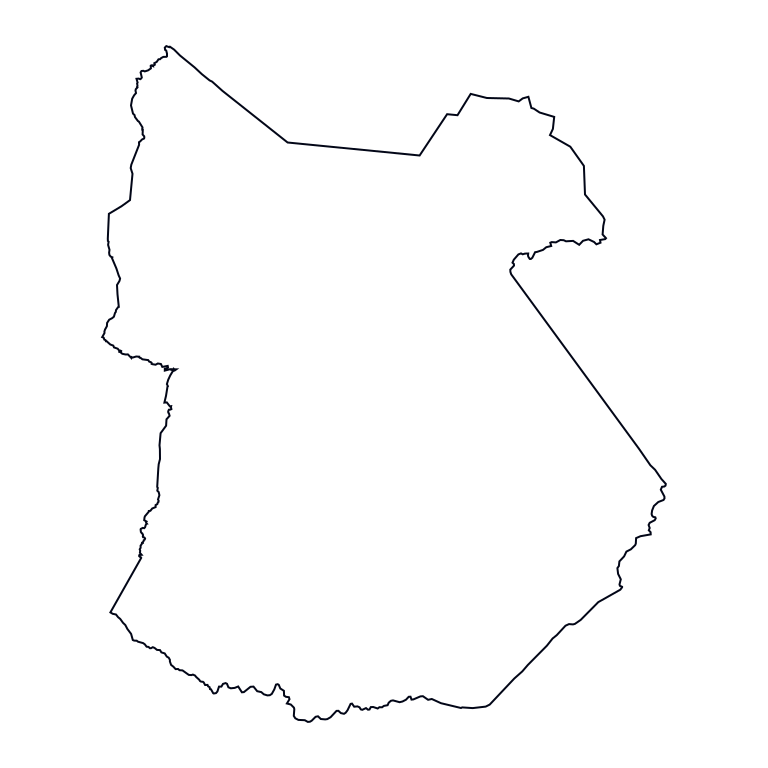 outline of Tapoa, Tapoa, Burkina Faso
{"feature_id": "67063806B60723724569169", "entity_name": "Tapoa", "entity_type": "district", "adm_level": 2, "iso_a3": "BFA", "parent_name": "Burkina Faso", "parent_adm1": "Tapoa", "projection": "mercator", "projection_center": [1.463, 12.115], "detail": "fine", "context": "isolated", "style": "outline", "palette": "ink", "viewbox_px": 768, "rotation_deg": 0, "n_neighbors": 0, "source": "geoboundaries", "source_scale": "gbopen_adm2", "svg_char_len": 6073}
<svg xmlns="http://www.w3.org/2000/svg" viewBox="0 0 768 768"><path d="M141.2,557.9L110.4,612.4L112.7,613.8L116.0,614.5L118.1,617.2L120.2,618.9L123.0,622.8L125.3,625.0L127.4,629.0L131.1,633.9L132.8,640.0L134.2,640.6L136.7,640.7L138.0,641.7L143.1,643.1L144.8,644.3L146.6,646.7L148.5,646.9L149.9,648.2L151.0,648.2L152.8,647.2L154.5,647.9L157.0,649.9L160.0,650.1L161.4,652.4L164.7,653.4L166.8,656.6L168.7,657.7L169.9,659.8L169.9,661.5L171.1,664.9L173.4,666.7L175.6,669.1L178.1,669.0L179.5,670.2L182.5,670.4L188.8,674.9L191.4,675.1L192.9,674.6L195.0,675.5L196.2,677.0L199.2,679.7L200.0,681.0L201.0,681.6L202.9,681.8L203.7,682.4L205.1,685.0L207.5,684.9L208.1,686.3L209.6,687.2L210.0,689.1L211.0,689.3L213.2,693.2L213.8,693.5L216.0,693.1L217.4,691.5L219.0,686.6L221.4,686.6L223.0,683.9L225.6,683.1L227.0,683.8L228.4,687.3L230.8,688.3L234.7,687.9L238.2,686.5L241.9,692.3L243.9,692.1L250.5,686.8L253.5,686.6L257.2,691.2L261.3,692.1L263.8,694.3L267.4,695.4L269.8,695.2L271.8,693.9L274.3,689.4L276.0,684.6L277.7,684.2L278.8,684.9L280.3,688.5L283.9,690.8L284.1,695.6L285.9,696.8L288.9,697.2L289.5,699.2L286.9,703.5L290.8,704.5L293.9,707.6L294.3,709.1L293.8,715.9L295.3,718.3L298.4,719.9L304.8,720.2L307.8,721.9L310.0,721.7L311.7,720.7L315.6,716.8L318.0,716.3L320.8,719.0L325.2,719.4L327.3,719.1L330.6,717.2L336.5,710.9L338.4,710.8L340.9,713.1L344.0,713.8L345.6,712.8L347.5,710.3L350.6,703.9L352.0,703.6L354.2,706.7L357.5,706.4L359.5,707.3L360.8,709.4L362.3,709.8L366.0,708.1L368.0,709.7L369.5,709.5L370.8,707.1L373.2,707.0L377.7,708.5L379.4,707.2L382.0,707.3L383.9,705.9L387.6,705.2L388.7,702.7L390.9,700.8L393.0,700.4L399.6,702.2L402.5,701.5L406.0,699.7L408.7,696.8L410.5,696.7L411.5,699.6L413.4,699.4L420.4,696.4L422.9,696.2L428.1,699.8L431.8,699.0L441.0,703.2L461.0,708.0L462.2,707.4L472.7,708.1L485.7,706.6L489.7,704.6L514.3,678.5L522.3,671.4L527.9,664.9L546.9,645.7L552.6,638.5L556.8,635.1L565.5,625.7L569.0,624.1L573.0,624.4L574.9,623.9L580.7,619.9L598.3,602.1L620.3,589.7L622.1,587.3L622.1,586.8L619.9,585.8L619.5,584.4L620.8,579.3L618.1,573.9L617.4,568.1L618.9,566.0L619.4,561.4L624.1,556.4L626.4,551.6L630.9,549.3L635.2,545.1L635.8,543.6L636.1,538.1L640.5,536.2L650.7,534.4L650.6,532.2L648.8,530.3L649.7,528.0L648.6,525.0L649.7,522.8L654.7,520.2L655.7,518.4L655.3,517.3L653.3,516.9L652.1,515.7L651.6,514.0L652.1,510.5L653.9,506.0L658.3,502.0L663.5,500.0L664.5,498.4L664.4,496.5L660.8,489.7L662.0,486.8L664.4,486.5L665.5,485.6L665.8,483.9L661.4,479.0L655.1,469.8L650.4,465.3L639.0,448.8L511.2,274.3L510.4,271.9L510.3,269.6L514.0,265.6L513.9,264.0L512.5,262.7L513.8,259.7L518.4,254.4L521.0,253.4L522.7,254.3L525.0,253.6L528.2,253.5L528.0,255.6L528.3,256.7L529.7,258.9L530.8,259.0L532.3,257.8L535.1,252.2L537.0,251.9L543.0,249.9L546.3,247.2L551.2,246.0L550.3,242.7L551.7,242.1L555.9,242.4L560.3,240.0L563.7,240.2L566.0,241.3L573.1,240.9L579.2,244.8L583.0,240.8L588.5,239.3L594.1,242.0L596.4,244.3L600.5,242.7L600.0,240.0L605.2,239.1L606.0,238.2L602.6,234.5L603.3,225.8L604.6,219.7L603.0,216.4L585.0,194.5L583.9,165.9L570.3,146.7L550.0,135.1L552.9,128.9L554.2,116.9L539.6,112.5L533.7,108.6L531.4,108.0L528.4,96.8L522.7,98.4L518.7,101.4L508.9,98.5L486.9,98.0L470.7,93.9L457.5,115.2L447.1,114.2L419.6,155.5L287.6,142.5L222.5,90.9L212.1,81.6L209.6,80.4L201.9,74.2L194.6,67.4L180.0,55.5L174.1,49.6L169.9,46.7L169.3,47.2L166.3,46.1L164.8,47.6L165.1,49.9L166.2,50.5L167.0,53.6L167.0,56.3L166.5,56.8L163.3,56.9L161.1,58.1L160.1,59.2L158.5,59.3L156.7,61.9L154.3,63.2L154.8,64.7L153.9,65.3L152.7,65.3L152.9,66.1L151.2,65.4L150.7,65.8L150.9,68.4L148.0,70.4L144.8,71.4L143.3,70.8L141.5,71.0L140.6,72.4L141.8,77.5L141.2,78.5L140.2,79.2L138.7,78.6L136.5,78.8L137.6,82.6L137.1,83.4L137.5,86.0L137.0,87.0L137.4,87.5L135.8,89.2L135.5,90.6L136.0,93.1L134.1,95.3L132.2,98.7L131.0,105.4L133.0,113.6L134.5,115.0L135.0,117.1L137.9,121.0L138.9,121.6L142.5,127.4L142.2,129.0L142.3,129.8L142.8,129.8L142.6,134.5L144.2,136.3L144.3,137.7L144.1,138.5L142.0,139.5L140.1,141.5L139.0,142.2L139.1,144.8L131.3,164.7L130.7,168.1L132.5,173.8L130.0,200.1L121.7,206.1L108.9,213.8L107.8,238.7L107.9,241.0L108.6,241.7L108.1,244.9L109.5,249.8L109.1,252.7L109.4,254.9L110.6,256.5L112.3,257.3L111.9,257.9L116.4,268.5L118.7,275.5L120.1,278.5L119.5,280.9L117.0,285.0L117.5,294.3L118.8,306.9L118.1,307.1L116.0,310.1L115.8,311.9L115.0,313.0L113.9,316.7L112.1,318.2L109.2,319.7L107.1,322.9L106.9,326.2L105.0,329.6L104.4,331.6L104.5,333.0L102.2,337.1L103.7,337.7L104.3,339.6L105.5,340.1L105.9,341.2L106.5,341.1L110.3,344.5L113.3,345.6L114.0,347.4L117.7,348.7L119.4,350.8L119.2,351.8L119.8,352.0L120.5,350.7L121.2,351.0L120.9,352.6L122.3,353.8L125.6,354.5L127.9,354.4L131.0,357.6L131.0,357.0L131.4,356.9L132.5,357.6L136.2,356.5L139.2,356.7L139.2,357.3L139.8,357.8L140.6,357.9L142.4,359.3L148.2,360.1L149.2,361.6L150.9,362.2L151.6,362.8L151.6,363.9L152.5,364.2L155.6,364.7L157.8,363.5L160.9,364.0L162.3,366.9L167.7,365.9L168.0,367.5L166.2,368.6L164.8,368.8L164.8,370.6L170.1,369.2L171.2,369.2L171.3,369.9L172.3,369.9L173.5,368.6L174.3,369.3L176.3,369.3L174.8,370.4L172.8,371.2L170.2,375.5L168.2,379.8L166.9,384.1L167.9,386.2L167.5,386.6L166.0,395.9L164.4,402.6L166.8,402.4L169.9,406.4L171.1,406.2L170.9,407.0L171.4,409.1L170.4,409.6L168.9,409.7L168.2,411.3L168.3,412.7L168.9,413.3L169.6,415.8L166.5,419.3L166.1,425.7L160.6,433.2L159.5,445.3L159.9,449.0L160.0,459.1L158.7,464.2L158.3,468.5L157.2,486.9L157.8,487.9L157.3,490.7L158.7,492.1L159.4,495.2L158.0,499.5L158.6,500.6L158.5,501.9L157.9,502.3L157.3,504.1L155.6,505.1L155.6,507.1L152.2,508.5L150.4,510.8L148.8,511.0L148.7,511.8L144.9,516.3L144.5,517.6L144.2,520.2L146.5,521.5L146.0,522.1L146.2,522.8L146.9,523.7L146.4,523.8L145.7,525.0L145.1,527.2L144.2,528.2L142.8,527.9L140.8,528.9L140.6,529.6L140.9,532.0L141.8,533.3L142.3,533.4L143.1,535.1L142.8,536.3L143.1,537.2L144.4,537.5L145.1,538.5L144.7,539.6L143.7,540.3L143.6,541.1L142.7,542.4L142.8,542.8L142.0,542.8L141.7,544.2L140.6,545.6L140.6,547.8L139.7,549.3L140.2,550.7L139.9,552.8L141.6,554.8L139.4,555.0L139.2,555.6L139.1,556.0L139.8,556.8L140.7,557.1L141.2,557.9Z" fill="none" stroke="#020617" stroke-width="2"/></svg>